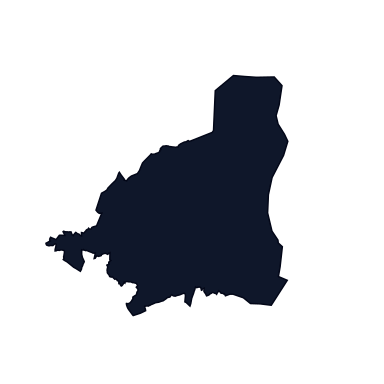 Orumba North, Anambra, Nigeria (Natural Earth projection), rotated 20°
{"feature_id": "59680162B54356159238049", "entity_name": "Orumba North", "entity_type": "district", "adm_level": 2, "iso_a3": "NGA", "parent_name": "Nigeria", "parent_adm1": "Anambra", "projection": "natural_earth1", "projection_center": [7.117, 6.122], "detail": "fine", "context": "isolated", "style": "filled", "palette": "ink", "viewbox_px": 384, "rotation_deg": 20, "n_neighbors": 0, "source": "geoboundaries", "source_scale": "gbopen_adm2", "svg_char_len": 6007}
<svg xmlns="http://www.w3.org/2000/svg" viewBox="0 0 384 384"><g transform="rotate(20 192 192)"><path d="M191.1,68.4L179.2,88.8L191.2,126.9L190.6,129.1L172.4,145.3L170.8,145.0L169.9,146.0L169.7,146.7L169.2,146.9L167.7,147.7L164.6,150.9L164.5,151.4L164.1,151.7L163.6,152.5L163.4,153.7L163.6,154.4L162.1,155.0L161.4,155.6L159.8,155.9L158.0,156.4L156.3,156.7L155.0,157.1L154.0,156.9L153.7,157.1L153.2,157.1L151.9,157.4L150.7,158.1L150.3,158.3L150.1,158.4L149.7,158.5L149.2,158.8L148.9,159.0L148.7,159.4L148.4,160.1L148.2,160.6L148.0,160.9L147.7,161.4L147.5,162.4L148.3,162.8L148.1,163.1L147.9,163.5L147.7,163.7L147.6,164.2L147.8,164.5L147.8,165.1L147.6,165.6L147.0,166.4L146.7,166.8L146.0,167.4L145.4,167.8L144.8,168.3L144.0,169.1L143.6,169.4L143.0,169.6L142.5,169.8L141.7,170.2L141.4,170.2L141.0,170.0L140.5,170.3L140.3,171.2L139.5,173.0L136.6,179.3L135.6,181.7L135.4,186.0L135.3,189.8L134.4,193.4L130.4,197.0L129.6,197.7L128.6,199.2L127.9,200.3L127.2,202.0L126.8,203.9L125.9,203.9L124.7,204.1L124.3,204.2L124.1,203.9L124.2,203.6L124.1,203.2L119.2,200.0L117.0,198.3L116.7,199.3L116.7,204.9L116.1,207.5L114.2,211.3L111.7,216.9L111.3,219.3L109.8,221.4L107.4,224.1L108.0,241.9L110.2,243.2L112.2,243.8L114.5,242.7L113.9,256.5L111.0,258.6L110.0,259.6L110.0,259.9L109.9,260.5L109.8,261.1L109.5,261.6L109.3,261.6L109.0,261.7L108.6,262.0L108.3,261.9L108.1,261.8L107.4,261.5L107.2,261.4L107.0,262.2L106.9,262.8L106.6,263.0L106.2,263.2L106.0,263.5L105.8,263.7L105.7,263.9L105.6,264.4L105.6,264.6L105.6,264.8L105.4,265.0L105.2,265.6L104.9,266.2L104.7,266.9L104.6,267.3L104.1,267.8L103.5,267.7L103.2,267.7L102.0,267.9L102.5,269.4L103.3,271.0L102.6,271.1L102.0,271.2L101.8,271.1L101.0,270.7L100.3,270.3L100.0,270.3L99.2,270.3L98.4,270.4L97.9,270.1L96.6,269.7L96.2,270.5L95.8,271.6L95.6,272.1L95.3,273.4L94.9,273.1L94.1,273.3L93.1,272.2L92.5,271.5L91.9,270.9L91.7,271.1L91.3,271.1L90.0,271.6L89.6,271.9L88.3,272.1L87.4,272.5L86.0,272.8L85.3,272.7L84.7,272.8L84.4,273.4L86.9,275.6L87.4,276.3L86.1,276.7L83.4,277.5L82.4,277.9L82.1,278.2L80.6,283.2L75.3,283.0L75.0,282.9L74.6,282.9L74.4,284.5L74.7,284.8L74.8,284.9L74.6,285.7L74.8,286.0L75.6,286.5L74.5,287.6L73.4,288.9L72.3,290.1L72.6,290.7L73.5,291.6L75.2,291.6L75.9,291.5L76.4,291.3L76.7,290.9L77.9,290.5L79.6,289.9L79.9,289.4L80.7,287.9L81.3,287.4L82.2,287.6L82.6,289.1L82.8,290.5L83.0,292.7L83.5,294.2L84.5,293.7L85.0,293.1L86.0,292.5L86.7,292.4L87.4,292.2L87.9,291.8L88.4,291.4L89.1,291.1L90.2,290.9L91.8,290.7L92.1,291.1L92.4,291.4L92.9,292.9L93.1,294.2L93.4,295.7L93.5,296.1L93.5,296.8L93.9,297.5L94.4,297.9L94.1,299.5L95.5,299.9L98.0,300.3L98.8,300.5L100.6,301.1L106.6,303.2L109.2,303.6L114.2,304.7L114.3,303.9L114.5,303.0L114.5,302.0L114.2,300.9L114.2,300.3L114.4,298.7L114.3,297.1L114.6,294.4L114.0,293.6L113.1,292.7L111.5,291.1L109.7,288.4L108.1,284.0L109.5,283.8L109.7,283.2L110.7,283.5L111.1,283.4L111.9,283.5L112.3,283.4L112.7,283.0L114.2,283.0L115.8,283.1L119.0,283.1L119.8,283.3L121.3,282.8L121.9,282.5L121.9,283.1L122.3,283.9L122.8,288.0L123.7,287.4L124.0,285.9L124.0,285.1L124.2,284.8L124.7,284.8L125.2,284.4L126.5,284.4L127.1,283.6L127.5,283.6L128.5,282.7L128.3,281.8L130.1,280.1L131.6,279.2L134.2,279.4L134.8,277.8L135.7,277.0L136.2,278.7L138.0,283.9L138.4,284.1L138.7,284.1L139.1,284.1L138.8,284.8L138.8,285.1L138.7,285.3L138.4,285.4L138.2,285.8L138.2,286.1L137.8,286.4L137.9,286.6L138.1,287.4L138.3,287.7L138.6,288.1L138.7,288.3L137.0,289.8L137.2,290.1L137.9,290.4L138.0,290.7L138.6,291.9L138.6,292.8L138.7,293.6L139.0,294.7L139.6,295.7L140.1,296.9L141.8,298.0L143.0,298.8L143.5,299.6L144.4,299.4L145.1,299.7L146.1,298.9L147.5,299.6L149.3,300.4L150.2,299.7L151.5,300.1L152.0,300.8L153.8,300.9L154.2,302.1L154.6,303.0L155.1,302.6L155.8,303.2L156.7,303.9L157.5,304.5L157.8,304.5L158.3,303.8L158.7,302.5L158.8,302.0L158.9,301.6L159.1,301.2L159.1,299.9L159.3,300.0L160.1,300.4L160.0,299.4L160.7,298.7L161.5,298.5L162.2,298.2L162.5,298.0L162.9,298.1L163.3,297.9L163.6,298.0L164.5,297.5L165.9,297.4L167.3,297.5L168.0,297.2L171.0,296.9L172.9,298.5L172.8,298.9L172.7,299.4L172.2,300.5L173.0,300.9L173.8,301.5L174.3,301.7L174.8,302.5L174.9,302.9L174.9,303.4L174.5,305.1L174.8,305.8L174.8,306.1L174.7,306.5L175.0,307.5L173.8,309.0L172.4,310.9L172.7,311.9L173.0,312.6L172.8,313.4L172.6,314.1L172.5,315.2L171.7,317.3L170.8,318.3L169.8,319.0L168.8,319.0L168.5,319.2L169.0,320.3L169.6,321.1L170.5,322.2L171.7,323.4L173.2,324.5L175.4,325.9L177.3,327.2L178.4,327.9L179.0,328.2L185.0,323.5L189.0,319.4L188.2,317.9L187.5,317.2L187.1,316.5L186.6,315.6L188.5,314.5L189.3,314.3L190.2,314.0L190.2,313.7L190.5,313.1L191.2,313.0L191.7,312.2L193.8,310.3L195.6,308.5L198.5,306.9L200.5,305.2L202.1,304.1L204.2,301.1L205.0,299.6L207.1,298.3L207.9,295.5L210.0,296.0L211.9,295.6L213.4,294.3L215.6,292.9L217.5,291.1L218.6,290.2L219.3,289.8L220.3,290.0L221.3,291.7L222.9,297.7L224.3,297.8L229.1,299.9L229.0,297.3L228.3,293.3L228.1,291.9L228.1,285.9L227.9,285.0L228.0,284.2L228.0,282.5L227.8,281.6L227.8,280.3L227.8,280.0L228.7,280.2L229.1,280.3L229.9,279.7L230.3,279.3L230.7,279.2L231.3,278.6L231.9,278.8L232.4,278.7L233.0,278.9L234.5,281.1L234.9,280.8L234.7,280.2L235.2,279.3L235.8,278.8L236.4,278.3L236.9,280.2L237.0,281.0L238.0,282.0L239.6,283.0L240.7,284.1L241.2,284.6L242.0,284.0L242.6,283.5L243.5,282.4L243.7,281.9L243.6,281.5L244.0,281.2L244.4,280.9L244.8,280.6L245.4,279.4L245.9,279.4L246.5,279.2L247.6,279.4L249.2,279.2L249.6,279.5L250.1,279.7L250.1,279.0L250.5,277.4L250.6,277.0L250.9,275.7L251.5,275.9L252.2,276.0L252.3,276.2L252.7,276.4L252.9,276.6L253.2,276.9L253.7,277.0L253.9,277.1L254.5,277.0L255.1,276.9L255.7,276.6L256.5,276.8L256.6,277.0L256.8,277.0L257.2,276.5L258.9,278.1L262.5,275.1L263.3,274.8L265.4,274.0L276.4,273.8L285.1,276.8L294.3,273.8L305.2,271.3L311.7,242.4L302.1,241.9L300.4,232.3L295.6,212.5L290.5,210.4L289.2,207.8L280.5,201.4L270.2,185.8L264.7,168.4L262.3,151.0L265.5,126.3L264.7,111.6L259.1,106.1L249.7,98.8L244.9,91.5L244.1,80.5L240.2,61.3L229.9,55.8L213.3,62.2L202.2,65.4L191.1,68.4Z" fill="#0f172a" stroke="#020617" stroke-width="1.5"/></g></svg>